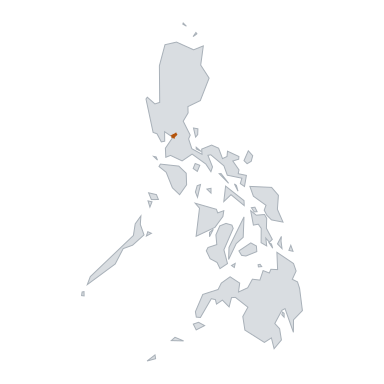 location of NCR, Third District, Valenzuela, Philippines
{"feature_id": "2640588B11276327116073", "entity_name": "NCR, Third District", "entity_type": "district", "adm_level": 2, "iso_a3": "PHL", "parent_name": "Philippines", "parent_adm1": "Valenzuela", "projection": "mercator", "projection_center": [120.97, 14.71], "detail": "fine", "context": "in_parent", "style": "filled", "palette": "amber", "viewbox_px": 384, "rotation_deg": 0, "n_neighbors": 0, "source": "geoboundaries", "source_scale": "gbopen_adm2", "svg_char_len": 4993}
<svg xmlns="http://www.w3.org/2000/svg" viewBox="0 0 384 384"><path d="M176.5,42.1L193.6,49.8L203.3,45.9L200.7,65.1L209.1,78.1L200.3,100.6L187.9,106.6L188.1,112.9L183.2,121.2L190.2,135.1L188.6,138.9L191.8,148.7L202.0,154.3L201.7,149.1L211.6,145.1L218.6,148.2L222.5,158.6L227.0,156.5L227.5,151.2L238.9,156.5L238.7,159.2L232.8,161.0L239.0,169.9L238.2,173.7L246.4,175.4L244.5,186.5L240.3,183.6L241.9,178.2L227.3,175.2L223.9,165.8L210.8,154.8L207.9,155.3L212.5,166.9L210.9,171.7L205.8,164.0L192.1,154.1L182.1,160.9L170.5,155.4L165.8,157.3L165.4,148.2L172.8,137.3L164.6,131.7L164.7,141.2L161.3,141.9L157.0,133.8L153.1,132.4L146.0,99.0L147.3,97.2L154.9,103.9L159.7,102.4L159.4,65.7L165.0,44.7L176.5,42.1ZM276.9,252.3L293.5,263.5L296.1,271.0L292.3,279.3L297.5,281.9L299.6,288.5L302.4,310.6L293.5,319.8L293.4,332.3L285.0,308.6L281.9,310.3L274.8,323.5L279.6,328.7L281.4,340.0L274.1,348.7L271.4,337.9L264.4,342.4L244.9,330.1L242.8,316.5L247.9,307.2L235.4,297.4L231.5,297.6L229.1,306.9L222.4,300.1L216.5,304.1L215.4,299.6L211.3,298.7L200.4,317.5L196.3,317.1L195.4,311.7L202.8,294.4L218.1,289.5L221.3,283.1L230.1,276.8L239.7,283.1L238.5,292.0L247.7,287.8L252.4,279.2L259.9,280.1L263.1,270.6L269.3,273.0L270.9,269.3L277.6,269.6L276.9,252.3ZM227.5,263.6L220.0,268.6L217.1,262.5L210.1,258.7L206.3,250.8L208.0,247.5L216.8,244.6L215.9,234.9L219.8,225.9L226.0,223.4L231.9,225.1L233.2,228.4L223.9,249.8L227.5,263.6ZM271.6,187.4L278.4,195.3L277.4,209.3L283.0,222.1L271.5,219.9L266.9,215.3L264.2,210.2L266.0,205.3L253.4,196.2L249.9,186.4L271.6,187.4ZM195.2,203.2L216.4,209.3L217.7,212.9L223.8,210.7L222.9,216.5L214.9,227.4L196.1,236.3L199.5,208.2L195.2,203.2ZM115.2,264.0L87.3,284.6L90.3,276.6L133.4,235.5L135.2,223.9L140.9,215.9L140.3,224.4L144.0,234.9L132.6,245.2L123.2,248.6L115.2,264.0ZM160.4,164.1L178.8,166.1L186.2,173.2L186.6,184.8L179.6,194.7L172.4,187.8L166.2,172.3L159.0,166.5L160.4,164.1ZM256.3,215.2L264.5,214.5L266.7,218.3L266.4,228.3L272.3,239.4L269.4,242.2L265.8,238.1L266.7,245.9L261.1,242.7L261.2,228.4L258.3,224.2L253.4,225.1L250.7,210.7L256.3,215.2ZM228.6,259.5L229.0,247.4L244.0,216.9L243.2,237.3L236.2,243.6L228.6,259.5ZM256.8,251.6L245.9,256.0L241.6,255.4L238.9,250.9L250.8,242.9L256.4,246.0L256.8,251.6ZM225.6,186.1L244.0,200.6L244.2,205.6L231.0,194.7L223.8,201.6L225.6,186.1ZM251.2,161.3L247.1,163.7L244.0,160.6L248.3,150.8L252.7,155.7L251.2,161.3ZM204.6,325.6L196.2,329.9L193.3,324.1L198.5,322.3L204.6,325.6ZM148.6,192.8L156.4,194.6L158.4,199.5L151.4,199.6L148.6,192.8ZM195.2,163.5L199.8,165.3L197.3,171.4L193.2,168.5L195.2,163.5ZM175.0,337.3L183.6,340.9L171.3,340.6L175.0,337.3ZM282.0,248.6L277.5,243.9L281.4,236.4L281.0,240.9L282.0,248.6ZM200.5,184.5L197.5,197.3L195.4,192.0L197.2,185.7L200.5,184.5ZM155.0,354.9L155.6,358.7L147.1,361.0L155.0,354.9ZM197.9,128.8L197.7,134.6L195.6,137.1L193.5,128.0L197.9,128.8ZM213.3,229.3L209.5,236.7L209.5,232.4L213.3,229.3ZM152.0,201.8L149.9,207.1L148.0,200.9L152.0,201.8ZM257.1,211.7L254.2,211.9L251.4,207.7L254.9,207.2L257.1,211.7ZM211.0,188.3L211.0,193.1L206.9,189.1L211.0,188.3ZM293.0,251.3L288.9,250.4L290.8,245.3L293.0,251.3ZM221.1,173.6L228.6,183.3L219.2,173.7L221.1,173.6ZM151.4,233.3L146.4,236.0L147.8,231.7L151.4,233.3ZM235.2,263.4L234.3,267.5L231.5,265.5L235.2,263.4ZM236.4,185.4L238.0,191.2L234.4,183.9L236.4,185.4ZM84.1,295.9L81.6,295.6L82.1,292.0L84.0,291.6L84.1,295.9ZM261.7,266.6L258.4,266.9L258.1,264.7L260.1,264.3L261.7,266.6ZM284.1,317.2L281.8,314.7L282.5,312.1L284.1,313.3L284.1,317.2ZM156.1,156.9L157.5,160.1L153.6,156.4L156.1,156.9ZM271.4,243.9L272.7,248.2L269.2,243.0L271.4,243.9ZM196.9,33.8L193.1,36.6L195.9,32.5L196.9,33.8ZM201.2,151.5L196.2,148.9L196.2,147.2L201.2,151.5ZM183.2,23.0L186.4,26.2L182.8,24.1L183.2,23.0Z" fill="#d9dde1" stroke="#a8b0b8" stroke-width="1"/><path d="M172.0,136.0L172.3,136.3L172.5,136.4L172.5,136.5L172.7,136.8L172.8,136.8L172.7,136.9L172.8,136.9L172.8,137.0L173.0,137.2L173.0,137.3L173.1,137.5L173.3,137.6L173.5,137.6L173.8,137.5L174.0,137.6L174.0,137.4L174.1,137.2L174.2,136.9L174.3,136.7L174.5,136.6L174.6,136.4L174.7,136.2L174.6,135.9L174.5,135.7L174.6,135.4L174.7,135.5L174.8,135.4L174.7,135.4L174.8,135.4L174.8,135.2L174.9,135.3L174.9,135.2L175.0,135.2L175.3,135.0L175.5,135.0L175.8,135.1L176.0,135.0L176.0,134.9L176.1,134.7L176.3,134.6L176.5,134.5L176.5,134.4L176.4,134.3L176.2,134.4L176.0,134.2L175.9,134.2L175.9,134.3L175.8,134.2L175.8,134.3L175.7,134.3L175.7,134.2L175.6,134.3L175.6,134.2L175.4,134.1L175.2,134.1L174.9,134.1L174.7,134.2L174.8,134.2L174.8,134.3L174.7,134.3L174.8,134.3L174.8,134.5L174.7,134.5L174.4,134.7L174.2,134.8L174.2,134.7L173.9,134.7L173.9,134.8L173.8,135.0L173.7,135.1L173.8,135.4L173.7,135.5L173.7,135.4L173.7,135.5L173.6,135.4L173.6,135.5L173.6,135.4L173.6,135.5L173.4,135.5L173.2,135.6L173.2,135.4L173.0,135.2L172.9,135.2L172.7,135.2L172.5,135.3L172.6,135.5L172.8,135.8L172.9,136.0L173.0,136.0L172.9,136.3L172.7,136.2L172.5,135.9L172.4,135.8L172.3,135.7L172.2,135.7L172.2,135.8L172.1,136.0L172.0,136.0Z" fill="#f59e0b" stroke="#b45309" stroke-width="1.5"/></svg>